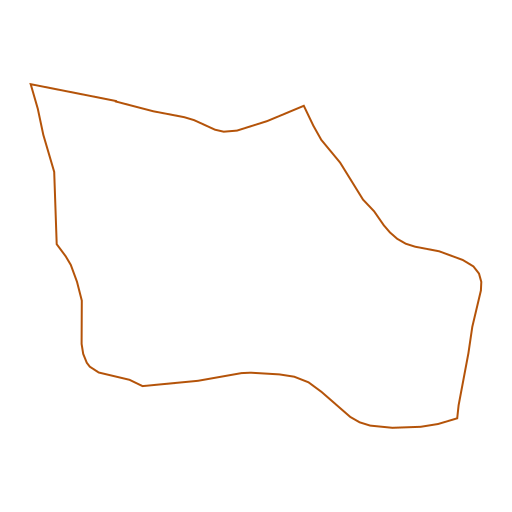 SVG path tracing the border of Ulaanbaatar
{"feature_id": "MNG-3331", "entity_name": "Ulaanbaatar", "entity_type": "Municipality", "adm_level": 1, "iso_a3": "MNG", "parent_name": "Mongolia", "parent_adm1": "", "projection": "albers", "projection_center": [106.992, 47.946], "detail": "fine", "context": "isolated", "style": "outline", "palette": "amber", "viewbox_px": 512, "rotation_deg": 0, "n_neighbors": 0, "source": "natural_earth", "source_scale": "10m", "svg_char_len": 830}
<svg xmlns="http://www.w3.org/2000/svg" viewBox="0 0 512 512"><path d="M30.7,84.2L116.9,101.2L115.0,101.3L153.4,111.3L184.3,117.2L194.0,120.1L215.0,129.7L223.7,131.7L237.0,130.6L267.4,121.0L303.8,105.8L313.4,125.8L321.3,139.9L340.1,162.6L363.0,199.6L374.1,211.3L383.8,225.3L389.9,232.4L397.2,238.8L405.7,243.7L415.1,246.7L439.2,251.3L462.8,260.0L473.4,266.4L479.0,273.6L481.3,281.9L480.9,290.5L472.3,326.8L468.4,353.3L458.6,405.3L457.2,418.3L438.1,424.0L420.7,426.8L392.4,427.8L370.2,425.6L359.6,422.3L350.2,416.9L321.5,391.9L308.5,382.3L294.2,376.7L279.4,374.4L250.7,372.7L241.5,373.1L198.0,380.8L142.5,386.1L129.5,379.8L98.7,372.5L89.8,366.7L86.8,362.8L83.2,353.9L81.6,343.9L81.8,300.6L77.0,281.8L70.8,264.9L65.7,256.3L56.7,244.2L54.2,171.9L43.3,134.8L37.8,108.8L30.7,84.2Z" fill="none" stroke="#b45309" stroke-width="2"/></svg>